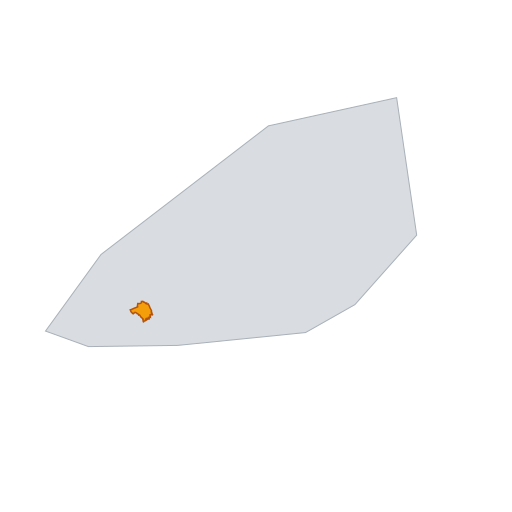 Balata, Castries, Saint Lucia (highlighted), rotated 230°
{"feature_id": "8701671B12100696846936", "entity_name": "Balata", "entity_type": "district", "adm_level": 2, "iso_a3": "LCA", "parent_name": "Saint Lucia", "parent_adm1": "Castries", "projection": "mercator", "projection_center": [-60.955, 14.015], "detail": "fine", "context": "in_parent", "style": "filled", "palette": "amber", "viewbox_px": 512, "rotation_deg": 230, "n_neighbors": 0, "source": "geoboundaries", "source_scale": "gbopen_adm2", "svg_char_len": 2991}
<svg xmlns="http://www.w3.org/2000/svg" viewBox="0 0 512 512"><g transform="rotate(230 256 256)"><path d="M347.7,349.2L286.9,465.5L168.7,392.5L155.2,300.6L165.5,244.8L237.9,138.5L294.3,69.4L333.8,46.5L356.8,138.3L347.7,349.2Z" fill="#d9dde1" stroke="#a8b0b8" stroke-width="1"/><path d="M284.6,128.8L284.1,128.7L283.9,128.7L283.7,128.7L283.4,128.6L283.0,128.6L282.9,128.7L280.1,129.0L280.1,128.9L280.1,128.7L280.0,128.4L279.6,128.3L278.9,127.9L278.3,127.5L277.9,127.4L277.8,127.5L277.9,127.8L277.9,128.0L278.0,128.3L278.0,128.5L277.9,128.8L277.8,129.0L277.7,129.2L277.7,129.3L277.6,129.5L277.5,129.8L277.5,130.0L277.8,130.2L277.9,130.3L278.0,130.4L277.9,130.5L277.7,130.6L277.4,130.7L277.4,130.8L277.4,131.0L277.5,131.1L277.8,131.2L278.1,131.2L278.1,131.3L278.4,131.3L278.5,131.4L278.7,131.5L278.7,131.8L278.6,132.0L278.4,132.0L278.2,132.1L278.1,132.3L277.9,132.4L277.8,132.2L277.7,132.1L277.5,131.9L277.4,131.9L277.2,132.0L277.2,132.3L277.3,132.4L277.4,132.5L277.5,132.6L277.8,132.7L277.8,132.8L277.7,132.9L277.7,133.0L277.4,133.2L277.2,133.2L276.9,133.2L276.7,133.3L276.5,133.5L276.4,133.6L276.5,133.8L276.8,133.9L276.9,134.0L277.0,134.0L277.1,133.9L277.3,133.8L277.5,133.7L277.9,133.8L278.0,133.9L278.1,134.0L277.9,134.3L277.7,134.4L277.7,134.5L277.8,134.7L277.8,134.8L277.7,134.8L277.6,135.0L277.4,135.1L277.2,135.3L277.3,135.3L277.4,135.5L277.3,135.8L277.3,136.0L277.5,136.2L277.8,136.2L278.0,136.4L278.1,136.5L278.3,136.5L278.5,136.6L278.8,136.7L278.9,136.9L279.0,136.9L279.0,137.0L279.0,137.4L278.9,137.7L278.9,137.8L278.7,137.9L278.5,138.0L278.4,138.1L278.2,138.2L278.1,138.3L277.9,138.3L277.7,138.4L277.6,138.5L277.5,138.9L277.5,139.0L277.9,139.2L278.2,139.2L278.3,139.1L278.5,139.1L278.6,139.3L279.1,139.3L279.3,139.6L279.6,139.8L280.0,139.9L280.4,139.8L280.4,140.1L280.6,140.2L281.1,140.6L281.3,140.8L285.0,141.6L285.9,142.0L286.7,142.2L287.8,142.4L288.4,142.7L288.8,142.1L289.2,141.9L289.6,141.7L290.2,142.0L290.2,141.9L290.1,141.7L289.9,141.4L290.0,141.3L290.0,141.2L290.4,141.1L290.5,141.1L290.8,141.1L291.0,141.1L291.3,141.0L291.5,141.0L291.8,141.0L292.1,140.8L292.3,140.8L292.3,140.7L292.5,140.5L292.7,140.4L292.8,140.4L293.0,140.3L293.3,140.3L293.5,140.2L293.8,140.2L294.0,140.2L294.8,139.0L294.4,138.8L293.9,138.2L294.0,137.0L294.3,136.4L294.9,135.6L295.6,134.9L294.0,133.1L293.9,133.0L293.2,132.8L293.1,132.7L293.2,132.4L293.3,132.2L293.5,131.6L293.5,131.4L293.6,131.2L293.8,130.5L293.9,130.2L294.0,130.0L294.0,129.9L294.2,129.6L294.5,128.4L294.9,127.0L295.3,125.7L295.6,125.1L294.6,124.7L293.6,124.4L290.5,124.6L290.4,124.4L290.5,124.8L290.6,125.0L290.7,125.3L290.6,125.5L290.6,125.8L290.8,126.3L290.8,126.5L290.8,126.4L290.7,126.6L290.6,127.1L290.2,127.4L289.6,127.6L289.4,127.7L289.2,127.8L288.9,127.9L288.7,127.9L288.3,127.9L288.3,128.0L288.2,128.0L287.9,128.1L287.6,128.2L287.4,128.3L287.2,128.4L286.9,128.5L286.7,128.5L286.3,128.4L286.2,128.3L286.1,128.6L285.9,128.8L285.7,128.9L285.3,128.9L284.6,128.8Z" fill="#f59e0b" stroke="#b45309" stroke-width="1.5"/></g></svg>